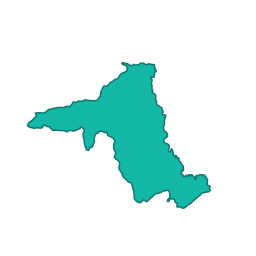 the district of Esparza, Puntarenas, Costa Rica, rotated 287°
{"feature_id": "36466004B94446731774240", "entity_name": "Esparza", "entity_type": "district", "adm_level": 2, "iso_a3": "CRI", "parent_name": "Costa Rica", "parent_adm1": "Puntarenas", "projection": "orthographic", "projection_center": [-84.661, 9.995], "detail": "fine", "context": "isolated", "style": "filled", "palette": "teal", "viewbox_px": 256, "rotation_deg": 287, "n_neighbors": 0, "source": "geoboundaries", "source_scale": "gbopen_adm2", "svg_char_len": 5853}
<svg xmlns="http://www.w3.org/2000/svg" viewBox="0 0 256 256"><g transform="rotate(287 128 128)"><path d="M113.9,185.7L114.2,184.0L113.5,182.5L113.5,182.1L113.9,182.1L115.1,182.7L115.6,182.1L115.5,181.3L115.0,180.8L114.8,180.2L114.9,179.4L115.7,179.1L116.9,179.0L120.0,176.7L120.6,176.1L120.6,175.7L120.4,175.5L118.0,175.4L117.7,175.1L117.4,174.6L117.4,173.9L117.6,173.4L120.6,173.2L122.3,172.9L123.2,172.4L123.9,171.4L124.3,170.6L124.2,167.7L126.0,166.0L126.9,165.6L127.6,165.6L128.2,165.8L130.1,167.5L131.6,168.0L132.9,167.9L133.9,167.3L134.8,166.2L135.7,164.7L135.5,163.5L135.6,163.3L137.2,162.7L138.7,161.7L142.1,161.7L144.0,161.2L145.2,160.6L148.8,160.6L151.1,160.2L151.3,159.9L151.3,159.4L150.8,157.9L150.8,157.0L151.1,156.6L151.7,156.5L153.1,157.0L153.5,157.0L153.9,156.8L154.9,155.7L155.7,155.2L156.0,154.8L157.3,154.4L157.5,153.9L157.5,152.7L158.0,151.6L158.1,150.1L159.0,148.7L160.5,147.6L161.0,147.9L161.7,147.6L162.9,146.6L163.1,145.9L163.7,145.6L164.3,145.4L164.5,145.6L166.5,145.3L167.2,145.0L168.2,143.8L168.8,141.5L169.2,140.8L169.6,140.5L171.3,140.6L171.7,140.4L172.9,139.1L175.2,138.8L176.4,137.9L177.8,137.2L180.5,137.1L181.3,136.7L181.6,136.2L182.1,135.6L183.4,134.9L183.4,136.5L183.6,137.0L184.0,137.2L184.3,137.9L187.2,137.7L188.8,136.9L189.2,136.9L189.9,138.3L190.9,138.3L191.6,137.8L192.0,136.6L192.4,135.8L193.3,136.4L194.2,135.4L196.0,134.9L196.2,134.7L196.2,133.9L195.8,133.3L195.8,132.1L195.2,130.7L195.8,130.3L195.4,129.5L195.2,128.4L195.0,128.2L194.2,127.7L193.7,127.0L193.7,126.3L194.4,124.5L194.4,123.4L193.7,121.7L193.7,121.4L193.4,120.7L192.0,120.2L191.5,119.5L191.3,118.7L190.3,116.9L190.3,116.4L190.6,115.6L190.5,115.1L190.1,114.6L189.2,114.1L188.6,113.4L188.8,112.1L188.4,111.2L188.4,110.7L189.3,109.1L189.3,108.2L189.0,106.4L188.9,103.6L188.4,103.3L187.8,103.4L187.5,103.6L187.3,104.5L187.2,107.5L186.8,108.7L185.8,109.1L185.5,109.9L183.4,110.0L182.9,110.4L182.4,110.4L181.8,110.0L180.7,108.7L179.4,107.6L178.7,106.2L177.7,105.7L176.8,105.0L172.1,103.8L171.6,103.2L171.4,102.5L170.7,101.2L168.3,99.9L167.3,98.9L166.4,97.7L164.6,97.2L162.2,95.9L161.7,95.1L161.2,93.1L160.7,92.5L159.8,92.1L157.7,92.1L155.1,91.5L154.2,91.5L153.7,91.7L153.5,92.0L151.5,91.9L150.4,92.1L149.1,91.5L147.1,91.2L145.7,90.5L145.3,90.0L144.6,88.8L144.1,87.4L143.8,85.8L143.1,84.5L142.9,82.0L142.6,81.0L142.5,79.4L142.2,78.7L141.7,77.6L140.5,76.9L140.0,76.4L139.4,72.9L138.4,72.2L137.7,71.4L137.0,70.0L136.9,68.0L134.1,67.4L131.5,66.1L130.9,63.4L130.6,62.7L129.7,61.8L129.6,61.4L129.2,61.2L128.9,60.6L128.8,59.9L128.3,59.1L127.6,56.1L127.3,55.8L126.7,54.2L125.9,53.0L125.0,50.9L124.1,49.8L122.4,46.8L121.4,45.9L120.3,45.4L119.3,44.8L117.8,43.0L117.3,41.7L116.6,38.3L116.3,38.0L116.2,37.4L115.2,35.2L114.4,35.6L113.9,36.4L113.3,36.8L112.1,36.8L110.9,35.7L109.5,35.3L106.7,33.7L104.4,31.7L101.1,31.1L100.4,32.0L100.0,33.5L99.9,34.9L100.3,36.5L100.3,37.0L100.0,38.0L101.2,39.9L102.0,42.5L102.1,43.9L103.0,45.7L106.7,46.8L105.9,49.6L105.8,51.3L106.2,52.3L106.2,52.7L104.7,54.7L103.8,56.7L103.8,57.4L104.0,57.9L104.9,59.5L105.1,60.3L105.3,62.2L105.9,64.1L106.0,65.1L106.8,67.4L106.8,68.5L106.4,70.5L106.7,71.0L108.9,72.9L109.1,74.6L109.1,76.7L109.2,77.0L110.1,78.1L110.5,78.8L111.5,79.8L113.1,81.9L113.6,82.3L115.1,82.2L115.1,84.0L114.5,85.6L113.0,86.8L111.4,86.9L110.2,86.6L109.4,86.6L108.8,87.1L107.3,87.4L105.3,88.4L102.5,90.3L101.0,90.4L99.3,91.9L98.0,92.2L97.2,93.3L95.9,93.9L95.2,94.5L94.9,95.2L95.0,96.3L95.3,96.8L95.9,97.1L97.8,97.3L98.5,97.5L99.2,99.2L100.3,99.6L102.4,99.6L103.9,99.9L104.7,99.9L106.0,99.6L107.7,98.8L109.2,98.7L111.9,98.6L112.7,98.8L113.3,99.1L113.8,99.9L113.9,100.5L115.8,100.9L116.1,101.3L116.4,102.2L117.3,102.5L117.0,105.8L117.0,107.9L117.4,108.9L117.4,109.4L115.7,110.3L114.9,111.0L114.2,116.2L113.1,118.0L112.0,118.9L111.0,119.3L109.7,119.3L108.6,119.1L105.1,120.0L103.9,120.6L102.5,121.7L101.7,122.8L100.6,123.4L99.4,123.6L95.9,123.5L94.7,125.5L94.2,127.7L93.9,128.3L92.7,129.9L92.0,130.3L87.7,130.9L86.1,131.5L82.6,135.7L80.4,137.0L79.9,137.6L77.5,142.6L76.7,143.7L76.5,144.2L76.5,147.1L74.0,149.0L71.7,150.2L69.9,151.8L67.6,152.6L65.1,153.8L62.8,154.4L62.2,154.7L61.2,156.1L60.2,158.4L59.8,160.3L60.4,161.2L60.4,161.9L63.3,163.4L63.6,163.9L63.7,164.9L63.1,166.9L63.2,167.4L63.7,168.1L67.6,170.1L69.4,171.5L71.5,172.5L73.1,173.6L76.1,178.5L77.7,179.6L78.2,180.5L78.9,182.1L80.3,183.9L79.7,185.3L78.5,186.6L75.7,187.8L73.7,188.3L72.7,188.0L71.7,187.0L69.6,187.0L69.4,187.4L69.4,187.9L69.7,188.4L70.5,188.7L72.8,189.1L72.8,189.6L73.3,191.8L73.3,193.0L73.0,193.6L71.7,194.2L70.9,194.8L70.4,196.0L70.4,196.6L70.1,197.1L69.1,197.5L67.1,197.6L67.0,199.0L68.0,201.9L67.9,202.6L67.4,202.9L67.2,203.2L67.4,204.1L68.2,205.4L68.6,205.7L72.2,207.9L73.1,208.7L73.3,209.2L74.6,210.2L80.9,213.8L83.7,215.8L85.1,216.7L87.0,217.5L88.3,219.3L89.9,222.0L90.6,223.9L91.6,224.3L91.9,224.7L92.5,224.9L93.7,223.5L94.8,223.6L95.7,223.8L96.0,223.7L96.5,222.6L96.6,220.9L96.9,220.5L97.6,220.0L99.1,219.9L99.5,219.5L100.2,219.3L101.4,219.4L101.8,219.2L104.3,216.2L104.3,215.6L105.3,215.2L105.3,214.8L104.5,213.8L105.1,213.1L105.0,212.3L104.5,211.7L104.4,210.4L103.4,209.7L103.3,209.0L102.6,207.8L102.6,207.2L102.1,207.1L101.8,208.0L101.7,207.2L101.4,206.9L101.2,206.9L100.1,207.8L99.6,208.0L99.1,207.9L98.5,207.3L98.6,206.9L98.9,206.5L100.3,205.7L100.6,205.3L101.2,204.3L101.3,203.5L101.8,203.1L102.0,202.4L101.5,201.8L100.5,201.4L101.3,200.4L101.2,200.0L100.9,199.8L99.5,199.7L99.5,199.2L100.0,198.1L100.0,197.5L99.9,197.4L98.3,197.4L98.2,197.3L98.1,197.0L98.3,196.6L98.4,195.9L97.7,195.0L99.3,194.1L99.3,193.0L100.0,192.1L101.2,192.1L102.7,192.5L103.0,191.7L104.2,191.9L104.2,192.4L103.6,193.0L103.7,193.4L104.1,193.4L104.6,192.9L106.1,192.8L106.6,192.0L107.3,192.1L107.7,191.9L109.0,189.8L110.5,188.7L110.9,188.3L111.1,187.9L111.1,187.4L111.4,186.8L112.8,185.7L113.9,185.7Z" fill="#14b8a6" stroke="#0f766e" stroke-width="1.5"/></g></svg>